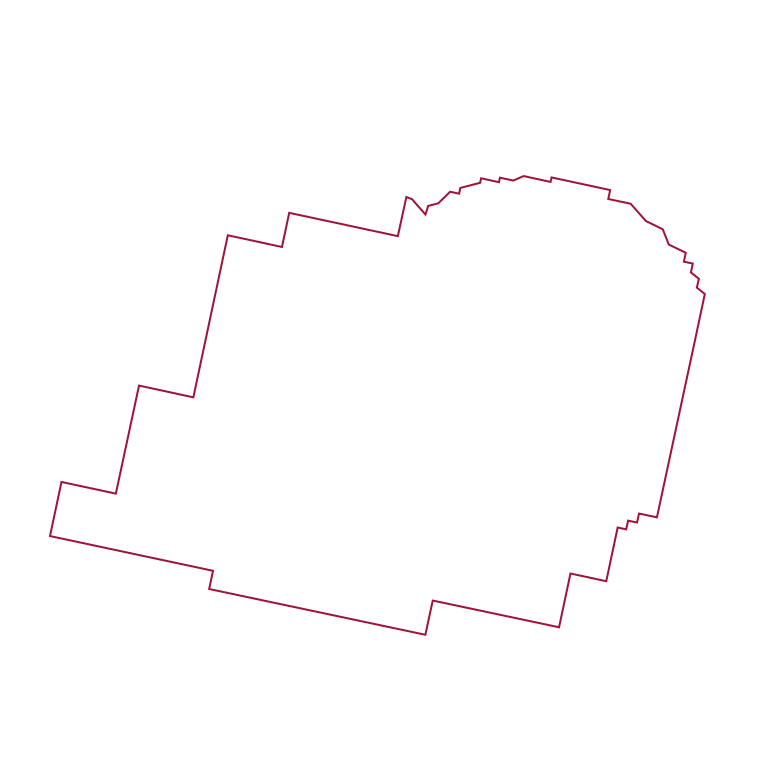 Dawson, Montana, United States of America (Mercator projection), rotated 282°
{"feature_id": "52423323B95485896454849", "entity_name": "Dawson", "entity_type": "district", "adm_level": 2, "iso_a3": "USA", "parent_name": "United States of America", "parent_adm1": "Montana", "projection": "mercator", "projection_center": [-104.678, 47.326], "detail": "fine", "context": "isolated", "style": "outline", "palette": "rose", "viewbox_px": 768, "rotation_deg": 282, "n_neighbors": 0, "source": "geoboundaries", "source_scale": "gbopen_adm2", "svg_char_len": 800}
<svg xmlns="http://www.w3.org/2000/svg" viewBox="0 0 768 768"><g transform="rotate(282 384 384)"><path d="M492.6,679.1L538.7,679.1L543.3,670.0L552.4,670.1L556.9,661.0L566.0,661.0L566.0,651.9L575.1,651.9L579.6,633.6L593.3,624.5L597.9,606.2L611.6,587.8L611.6,564.9L620.7,564.9L620.9,505.0L616.3,504.9L616.4,477.3L609.9,468.2L609.9,454.5L605.3,454.5L605.4,436.2L600.8,436.2L591.7,417.9L585.8,417.9L585.8,408.7L572.0,399.5L567.4,390.2L558.4,389.3L570.6,373.0L571.5,367.0L531.5,366.8L531.7,255.7L496.8,255.7L497.0,200.3L331.3,200.3L331.5,144.7L221.0,144.5L221.1,88.9L165.8,88.9L165.7,255.6L147.1,255.6L147.3,476.6L182.3,476.7L182.4,605.8L237.4,605.8L237.3,642.4L292.2,642.4L292.2,651.1L301.1,651.2L301.1,660.3L310.3,660.4L310.3,678.7L492.6,679.1Z" fill="none" stroke="#9f1239" stroke-width="2"/></g></svg>